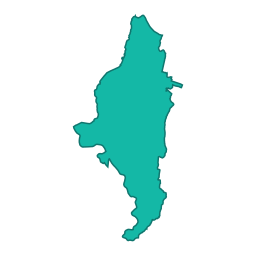 the district of Valcele, Covasna, Romania
{"feature_id": "2599482B82717722781959", "entity_name": "Valcele", "entity_type": "district", "adm_level": 2, "iso_a3": "ROU", "parent_name": "Romania", "parent_adm1": "Covasna", "projection": "orthographic", "projection_center": [25.68, 45.82], "detail": "fine", "context": "isolated", "style": "filled", "palette": "teal", "viewbox_px": 256, "rotation_deg": 0, "n_neighbors": 0, "source": "geoboundaries", "source_scale": "gbopen_adm2", "svg_char_len": 5803}
<svg xmlns="http://www.w3.org/2000/svg" viewBox="0 0 256 256"><path d="M134.1,239.9L135.1,238.6L136.9,237.8L137.6,237.9L138.4,237.8L138.6,235.4L139.4,234.2L142.4,232.2L142.5,232.3L142.7,232.0L144.1,231.2L145.8,229.1L146.2,229.0L146.2,228.8L146.4,228.7L146.7,228.9L146.7,228.4L146.9,228.2L146.8,227.8L147.2,227.2L147.7,226.6L149.6,225.4L150.0,224.9L150.3,223.9L150.8,223.7L151.0,222.9L151.2,222.7L152.0,220.8L152.2,219.8L152.3,219.7L152.7,220.0L153.1,219.7L153.7,220.1L154.2,220.0L155.3,219.4L156.2,218.5L157.3,218.6L157.9,218.0L158.5,217.9L159.0,217.4L159.2,217.0L159.0,216.5L159.5,216.2L159.8,215.6L159.7,214.3L159.9,212.0L160.5,210.5L160.5,210.0L161.2,208.8L161.2,207.8L161.5,205.1L161.6,204.9L162.7,204.2L162.9,203.9L163.1,202.3L163.0,201.2L163.4,200.3L164.1,199.2L165.9,197.7L166.3,196.7L166.0,196.1L166.2,194.8L166.0,193.0L165.6,193.0L164.7,192.3L163.7,192.3L163.2,191.0L161.6,189.7L161.3,189.2L160.0,188.5L159.5,187.5L159.5,186.8L159.8,184.1L160.4,183.4L160.2,180.2L159.6,179.9L158.8,180.0L158.0,179.7L158.5,178.0L159.0,177.4L159.2,174.2L159.9,170.0L159.5,169.6L159.2,169.6L157.6,169.1L157.5,167.4L157.6,166.9L158.1,166.1L158.4,164.7L158.0,162.9L158.0,162.4L158.4,157.2L158.5,156.8L159.6,156.5L160.5,157.2L161.3,157.4L162.2,157.9L163.6,157.3L164.2,156.3L164.8,155.8L165.0,155.0L165.0,153.5L166.2,151.9L166.3,150.4L166.5,149.1L164.9,145.3L164.8,143.6L164.5,143.2L164.6,142.3L164.4,140.7L164.4,137.9L164.8,136.6L165.0,134.2L165.0,132.2L164.5,128.8L164.7,127.2L164.7,126.1L165.0,125.0L164.7,122.3L165.1,121.9L165.4,119.7L166.3,117.6L166.2,116.6L167.0,115.7L167.4,114.3L167.7,113.9L168.5,112.3L169.3,111.1L169.3,110.8L169.7,109.9L169.7,109.2L170.0,108.4L171.1,107.3L171.5,107.1L171.9,106.4L172.8,105.7L172.9,105.4L173.3,105.2L173.7,104.6L173.6,104.2L173.5,103.7L173.0,103.1L171.7,102.2L170.8,101.3L170.1,99.3L169.8,98.8L170.4,98.0L170.5,96.2L171.2,95.3L171.7,93.8L167.7,90.2L166.5,91.0L166.2,91.0L166.2,90.4L167.1,89.3L167.0,89.0L167.2,88.7L166.5,89.0L166.2,88.8L166.2,88.4L166.4,88.2L168.7,88.3L168.8,88.6L170.5,88.9L172.3,87.6L172.6,87.0L172.7,84.8L175.2,85.9L179.0,86.6L180.4,87.4L181.4,87.6L182.4,85.0L181.2,84.3L180.0,83.8L171.3,80.9L171.9,79.5L171.0,78.6L171.5,77.9L171.7,77.1L171.1,76.9L170.4,76.9L169.2,77.3L168.0,77.4L167.2,77.0L166.8,76.1L167.1,75.2L167.1,73.4L167.0,72.9L166.7,73.1L166.7,74.1L166.5,73.5L165.7,72.6L163.8,72.4L163.1,71.9L162.0,71.7L164.7,59.6L164.7,58.9L165.1,58.3L165.1,57.7L165.4,56.8L165.4,54.0L165.6,53.3L164.8,52.6L164.5,51.6L164.0,50.6L163.3,50.0L162.4,50.2L161.2,51.1L160.2,51.3L159.8,51.1L159.0,49.8L158.7,49.2L158.6,47.8L158.6,47.4L159.5,46.1L159.8,45.5L160.1,43.8L160.3,43.2L160.4,42.6L160.1,42.1L160.0,41.5L160.1,40.4L161.1,38.8L161.4,37.3L161.7,36.7L161.7,36.3L162.3,35.8L162.4,35.2L161.3,35.1L158.9,34.4L158.0,33.6L154.2,31.4L150.9,27.9L149.7,26.4L146.3,20.3L145.7,18.6L145.2,17.6L143.6,15.4L142.4,15.4L140.3,17.0L138.3,17.9L137.6,17.7L136.9,17.3L136.4,17.3L135.5,16.4L135.3,15.8L134.9,16.6L133.8,16.7L133.4,17.0L131.8,19.1L131.9,20.4L131.5,21.0L131.2,21.8L130.8,23.7L130.9,24.2L131.4,25.0L131.5,25.8L131.5,28.4L131.3,29.0L130.9,29.4L130.7,30.0L130.6,31.2L130.7,31.6L130.2,32.5L130.2,33.3L129.5,34.8L129.4,35.1L129.0,35.5L129.0,35.8L129.3,36.7L128.7,37.4L129.3,38.5L129.3,39.0L128.8,39.7L127.3,40.4L126.7,41.3L126.1,43.3L126.0,44.2L125.1,46.6L124.9,47.6L125.3,47.9L125.7,48.6L125.8,49.5L125.7,50.0L125.2,50.6L125.0,52.3L125.2,52.9L124.5,53.7L124.2,54.3L124.7,54.8L124.6,55.1L124.9,54.9L125.0,55.0L124.4,55.9L124.3,56.9L123.6,57.7L123.5,58.2L123.3,58.2L122.7,57.5L122.3,57.4L122.1,57.6L122.1,58.1L121.8,58.6L121.9,58.8L122.2,59.2L122.9,59.5L122.4,61.3L121.5,63.4L120.2,65.0L120.7,65.5L118.6,67.3L110.8,70.8L106.9,72.8L104.9,75.2L104.3,75.8L100.3,80.8L100.0,81.5L99.8,82.1L100.1,82.3L100.3,82.4L100.1,84.0L99.7,84.2L99.1,84.0L98.3,84.8L97.2,86.3L96.8,88.6L96.6,89.0L96.2,89.6L95.3,89.9L94.7,90.3L94.5,91.2L94.8,92.6L94.7,94.8L95.0,95.8L96.0,96.7L96.6,97.7L96.5,98.6L96.1,99.6L96.0,101.3L96.4,102.6L97.2,103.7L97.3,104.2L97.0,106.6L97.0,107.2L97.3,107.8L97.1,109.4L97.3,111.2L97.5,111.5L97.5,112.1L98.2,113.2L98.4,114.3L98.2,114.9L98.2,115.9L97.8,116.8L97.5,117.8L97.2,118.1L96.3,118.4L94.6,119.0L94.1,119.7L93.9,121.0L93.3,121.2L91.5,122.8L89.8,123.7L87.7,123.5L81.6,122.5L76.6,125.0L76.0,125.1L73.6,126.7L74.0,128.4L75.5,131.2L77.0,133.1L79.5,134.7L80.0,135.5L80.0,136.5L79.6,137.8L79.3,140.3L79.3,142.2L79.8,144.4L80.1,145.2L80.8,145.9L81.5,146.5L82.6,147.0L87.8,146.8L92.7,146.5L94.0,145.9L95.8,144.6L96.9,144.3L100.7,144.8L101.7,145.1L102.8,145.8L104.3,147.8L104.9,148.8L105.3,149.9L105.9,151.4L104.0,152.9L102.3,153.7L101.6,153.8L99.9,153.6L98.6,154.0L97.4,155.3L97.3,155.8L97.5,156.7L97.9,157.2L99.2,158.0L99.9,159.0L100.6,161.8L101.4,162.5L102.3,162.8L102.9,163.3L103.4,163.4L103.7,163.4L104.4,162.7L106.1,165.1L107.8,166.9L108.6,160.0L108.8,159.6L108.9,159.2L109.4,158.9L111.7,163.0L113.6,165.4L115.4,167.2L118.0,170.3L120.0,173.8L121.2,174.4L123.3,174.8L124.5,175.5L124.8,176.0L125.1,176.6L125.3,177.9L124.6,181.3L124.0,183.2L123.8,184.4L124.0,185.4L124.3,186.0L124.6,186.5L126.5,188.0L127.0,188.9L127.4,189.9L128.2,193.2L130.3,196.1L131.2,196.7L132.9,196.5L133.5,196.7L135.9,197.8L136.4,198.6L136.4,199.1L136.3,199.7L135.4,201.7L135.3,202.3L135.4,202.9L136.6,206.4L136.7,207.6L136.5,207.9L135.9,208.6L134.6,209.4L131.8,212.3L131.6,212.7L131.6,213.7L132.1,214.8L132.8,215.4L135.2,216.6L136.6,218.0L137.5,219.4L137.8,220.3L138.0,221.8L137.9,222.4L137.5,223.1L135.8,225.5L134.5,226.2L133.7,226.9L133.1,228.4L133.2,229.5L131.9,229.8L128.8,229.4L128.1,229.4L126.1,230.3L125.1,231.3L124.9,231.8L124.8,233.3L124.7,233.8L122.8,235.7L122.6,236.2L122.5,236.7L122.7,237.0L123.1,237.4L125.7,238.3L126.3,238.8L127.1,239.9L128.0,240.5L128.4,240.5L129.6,240.1L130.1,240.1L132.5,240.6L133.1,240.5L134.1,239.9Z" fill="#14b8a6" stroke="#0f766e" stroke-width="1.5"/></svg>